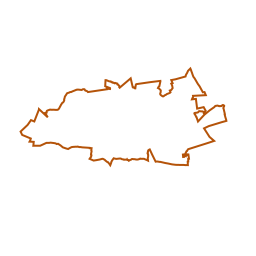 Atlacomulco, México, Mexico, rotated 148°
{"feature_id": "50627088B32133726241460", "entity_name": "Atlacomulco", "entity_type": "district", "adm_level": 2, "iso_a3": "MEX", "parent_name": "Mexico", "parent_adm1": "México", "projection": "mercator", "projection_center": [-99.861, 19.816], "detail": "fine", "context": "isolated", "style": "outline", "palette": "amber", "viewbox_px": 256, "rotation_deg": 148, "n_neighbors": 0, "source": "geoboundaries", "source_scale": "gbopen_adm2", "svg_char_len": 5575}
<svg xmlns="http://www.w3.org/2000/svg" viewBox="0 0 256 256"><g transform="rotate(148 128 128)"><path d="M67.9,72.9L61.8,71.4L63.6,77.3L63.6,79.2L63.7,87.4L58.5,86.8L45.5,83.3L40.8,81.9L40.3,83.2L39.8,85.2L39.6,85.9L38.8,88.4L38.5,88.4L36.7,93.7L36.6,94.4L36.3,94.6L35.8,95.0L35.5,95.2L35.3,95.3L35.1,95.4L34.7,95.8L34.6,96.0L34.8,96.4L35.1,97.0L35.3,97.2L35.7,97.3L36.0,97.3L36.3,97.3L36.7,97.1L37.1,97.1L37.3,97.3L38.0,97.6L38.4,97.7L38.7,97.9L38.8,98.1L39.1,98.4L39.4,98.5L39.8,99.1L40.0,99.4L40.2,99.5L40.6,99.8L41.1,99.9L41.6,100.2L42.3,100.4L42.8,100.3L43.7,100.0L49.4,99.7L56.2,98.8L65.2,96.4L64.0,101.6L64.3,101.1L64.3,101.3L64.2,101.7L64.1,102.8L64.1,103.1L64.0,103.3L64.1,104.4L64.1,104.6L64.1,104.9L64.0,105.2L63.8,105.4L63.5,105.4L63.3,105.3L62.7,105.1L61.7,104.6L61.2,104.4L60.8,104.3L60.6,104.2L59.7,104.3L59.4,104.5L59.1,104.6L58.8,104.6L58.4,104.4L58.2,104.2L57.0,103.2L56.8,103.1L56.2,102.8L55.7,102.2L55.5,101.8L55.5,101.6L55.6,101.1L55.9,100.6L55.9,100.4L55.7,100.3L55.2,100.4L54.8,100.7L54.6,101.0L54.4,101.1L53.4,101.3L53.0,101.5L52.8,105.6L59.1,107.8L55.0,116.7L58.6,118.4L57.7,119.1L56.3,119.8L56.0,120.3L55.8,120.8L44.6,114.6L44.1,117.9L45.6,118.6L45.2,125.4L45.4,128.4L45.2,134.8L45.4,136.8L45.1,138.3L44.8,139.7L44.5,140.8L44.4,141.3L44.1,143.0L43.9,143.4L43.6,145.4L46.7,144.7L47.2,144.4L48.8,143.3L50.1,142.7L51.0,142.1L51.9,141.2L61.8,144.1L65.9,145.7L66.4,142.4L67.8,142.7L68.1,140.5L69.0,138.2L71.1,137.3L72.7,137.6L73.0,135.8L74.0,135.6L75.7,135.9L77.0,136.2L77.9,136.1L78.6,136.1L79.7,136.3L80.7,136.1L81.1,136.1L81.5,136.2L81.9,136.6L82.7,138.5L82.8,139.4L82.5,140.1L81.3,141.1L80.3,142.5L80.3,143.0L80.7,144.7L80.9,145.2L81.4,146.0L80.0,146.8L79.3,146.8L75.8,150.4L75.6,150.8L84.4,154.9L97.3,160.6L97.8,160.8L98.6,160.4L99.2,159.6L99.5,159.4L100.2,158.5L100.3,158.3L100.8,157.7L101.0,157.8L101.2,158.1L101.0,158.4L100.8,158.6L101.1,158.7L101.5,158.6L101.0,158.8L101.2,159.0L101.5,158.9L101.9,159.5L102.1,159.6L102.0,159.9L102.0,160.0L102.3,160.3L99.4,168.7L113.7,166.6L113.8,167.3L113.1,168.0L113.2,168.5L113.3,169.7L113.9,170.4L113.9,170.7L113.8,170.9L113.6,171.0L113.5,171.3L114.9,172.9L115.1,172.8L115.5,172.9L115.5,173.1L115.8,173.5L116.3,174.0L116.6,174.1L116.6,174.6L116.8,174.9L117.0,174.8L117.2,175.1L117.5,175.3L117.9,175.9L117.9,176.6L119.0,177.3L119.2,177.5L119.8,178.3L120.7,179.6L121.1,180.1L121.7,180.5L125.2,175.5L122.1,171.4L122.2,171.1L122.6,170.6L125.1,172.5L125.3,172.0L142.9,179.7L142.9,180.1L143.3,181.1L143.7,181.7L144.2,182.1L144.4,182.5L144.4,183.2L144.4,183.9L145.2,184.5L145.9,184.8L146.5,184.8L147.1,184.8L147.5,185.1L150.2,187.2L151.0,187.5L151.3,187.6L151.5,187.8L151.8,187.8L152.9,188.0L153.1,188.0L154.1,188.2L154.7,188.3L155.7,188.5L156.9,188.6L157.3,188.7L157.7,189.0L158.4,189.2L159.1,189.2L161.0,189.7L161.5,189.7L161.8,189.5L162.3,189.2L162.8,189.0L163.4,188.7L164.4,188.3L165.2,187.8L165.6,187.3L165.8,187.1L166.2,186.8L166.4,186.7L166.6,186.4L167.1,186.0L167.3,185.4L167.5,185.2L168.5,184.5L169.2,184.2L169.6,184.1L170.4,184.1L170.8,184.0L171.5,183.6L172.3,183.3L172.8,183.0L173.1,182.8L175.4,181.5L176.2,181.0L176.7,180.9L177.6,180.7L178.0,180.7L179.6,181.6L181.5,183.0L182.0,183.3L182.6,183.6L183.0,183.9L183.4,184.1L184.0,184.6L184.3,184.9L185.2,185.1L186.1,185.3L187.0,185.5L187.7,185.5L188.0,185.3L188.4,185.0L188.8,184.2L189.7,184.5L190.1,184.5L190.3,184.6L190.4,179.6L192.8,188.7L193.5,191.2L193.8,190.8L204.0,183.2L206.1,186.1L211.5,183.8L221.0,181.9L221.4,178.2L216.0,170.6L217.5,169.3L218.7,168.6L215.3,166.2L217.7,163.1L211.9,159.5L205.0,158.6L203.0,157.3L201.4,156.6L198.6,154.3L197.5,153.3L197.0,152.2L195.7,151.7L194.4,148.9L193.9,147.3L193.5,146.1L191.3,143.4L189.9,141.9L188.5,141.9L186.0,141.7L184.4,141.0L183.2,140.3L182.9,140.2L182.1,139.7L181.0,139.0L180.5,138.9L179.4,137.6L178.5,137.1L177.0,135.8L173.8,133.5L170.9,131.4L170.7,131.2L170.9,131.0L169.6,130.2L171.1,128.3L171.1,128.1L171.1,127.7L171.3,127.5L172.1,126.6L172.9,125.8L173.6,124.9L173.4,124.3L174.6,123.1L175.3,122.9L176.9,122.2L174.4,118.6L172.3,117.7L168.8,116.3L166.1,115.5L165.8,115.2L165.6,115.1L164.6,113.4L164.5,113.0L164.5,112.8L164.5,112.6L163.5,109.9L163.1,109.6L162.9,108.1L162.8,107.3L162.8,106.4L162.8,105.8L162.2,106.2L161.2,107.1L160.9,107.2L159.8,108.3L159.3,108.5L159.0,108.7L158.2,109.1L157.4,109.4L156.2,109.9L155.2,108.8L154.3,108.0L151.4,106.6L151.2,106.5L150.7,106.2L150.3,105.9L149.7,104.8L148.8,104.0L148.7,103.9L148.3,103.6L148.3,103.3L148.2,103.2L147.7,103.0L147.3,102.7L146.1,102.1L145.7,101.5L145.4,101.7L145.4,101.3L144.8,100.8L144.8,100.5L144.6,100.1L144.6,99.8L143.2,99.8L142.6,99.6L142.2,99.5L141.7,99.6L141.2,99.6L140.9,99.5L140.1,98.9L139.7,98.5L138.7,97.9L137.9,97.0L137.0,96.4L136.3,96.0L135.6,95.9L134.5,95.5L133.9,95.6L133.3,95.0L130.9,93.5L130.6,93.2L129.8,91.9L129.3,91.3L128.3,89.7L127.4,91.6L126.8,92.4L126.4,92.7L125.8,93.5L125.7,93.7L125.4,94.0L125.3,94.4L125.2,94.5L125.1,94.9L124.9,95.0L124.8,95.3L124.8,95.6L124.9,95.8L124.8,96.3L124.3,96.5L124.0,97.0L123.4,97.4L123.3,97.6L123.3,97.8L123.1,97.9L122.7,98.3L121.7,98.4L120.9,98.3L121.4,94.4L121.6,92.8L122.4,84.8L121.2,84.3L119.9,83.2L119.3,82.6L118.5,82.1L118.0,81.6L114.9,78.5L113.0,76.8L109.9,73.8L107.3,71.7L105.9,70.7L100.4,67.2L98.7,65.9L97.6,65.3L96.9,64.8L95.2,67.8L94.7,67.6L93.3,69.9L92.6,69.6L90.8,73.6L91.5,74.1L91.8,73.4L92.9,74.2L93.3,74.4L93.9,73.5L94.7,74.3L95.0,74.0L95.6,73.7L96.6,74.2L95.5,76.4L93.5,75.5L93.1,75.7L93.0,75.8L92.4,76.2L92.2,76.4L91.9,76.5L91.7,76.6L91.4,76.8L90.9,77.2L90.6,77.3L90.4,77.3L90.2,77.2L88.5,78.1L88.1,78.1L67.9,72.9Z" fill="none" stroke="#b45309" stroke-width="2"/></g></svg>